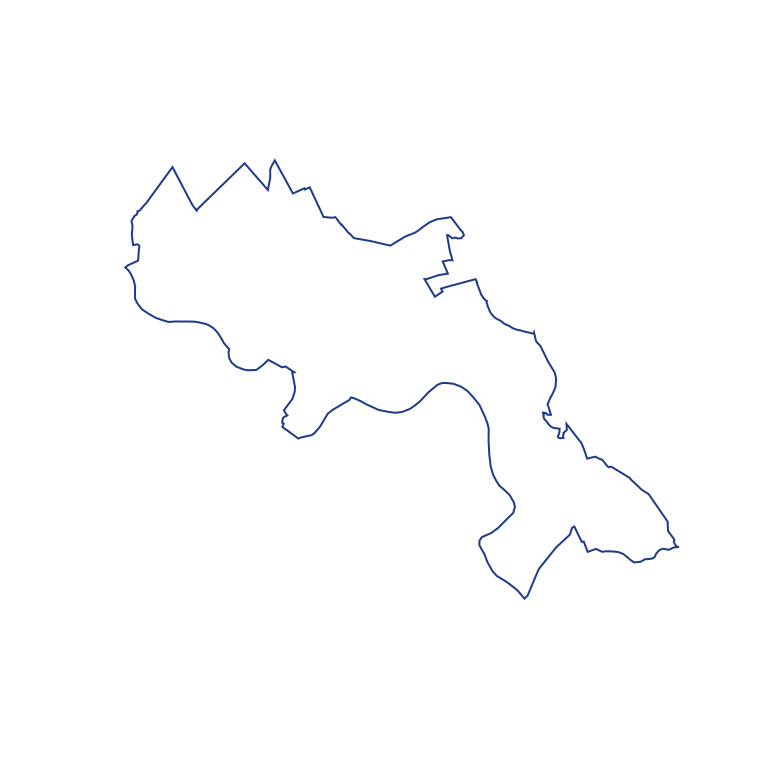 Turdas, Hunedoara, Romania, rotated 237°
{"feature_id": "2599482B55317516371384", "entity_name": "Turdas", "entity_type": "district", "adm_level": 2, "iso_a3": "ROU", "parent_name": "Romania", "parent_adm1": "Hunedoara", "projection": "robinson", "projection_center": [23.122, 45.851], "detail": "fine", "context": "isolated", "style": "outline", "palette": "blue", "viewbox_px": 768, "rotation_deg": 237, "n_neighbors": 0, "source": "geoboundaries", "source_scale": "gbopen_adm2", "svg_char_len": 4284}
<svg xmlns="http://www.w3.org/2000/svg" viewBox="0 0 768 768"><g transform="rotate(237 384 384)"><path d="M487.6,530.7L493.3,518.1L494.3,513.1L494.8,509.9L494.5,502.4L494.0,495.4L494.0,492.4L496.1,482.4L496.6,465.2L497.0,464.3L511.2,450.6L520.6,440.5L522.7,438.3L522.9,438.2L527.2,437.5L528.8,437.1L529.4,436.6L540.4,435.4L540.2,435.0L540.8,434.8L550.4,434.1L551.6,431.2L553.8,428.3L557.1,424.2L557.8,424.4L589.3,428.8L590.2,423.6L591.5,423.8L593.4,411.4L631.0,414.2L627.6,407.7L626.1,405.7L624.9,404.7L619.9,401.6L618.6,400.6L610.0,392.3L645.0,387.3L632.2,322.5L631.8,322.0L631.4,321.3L636.3,320.9L639.9,320.9L675.4,324.2L681.1,324.7L668.6,292.0L668.0,290.4L665.2,283.2L664.3,279.3L662.6,274.1L662.8,271.6L663.1,271.2L661.8,270.4L660.8,269.0L660.8,266.2L658.2,261.0L653.2,259.0L646.5,253.8L637.2,249.2L635.5,253.2L633.5,254.1L632.4,253.6L629.5,251.1L625.4,248.0L623.7,246.8L621.4,244.7L623.0,234.0L622.6,230.5L618.1,231.6L613.7,231.6L606.8,230.4L601.3,228.4L596.7,225.2L591.1,221.7L586.2,221.1L578.5,221.7L571.6,224.6L564.0,228.5L563.2,229.1L559.3,232.1L553.8,236.7L552.7,238.2L550.0,243.3L547.3,247.2L542.8,254.2L539.2,259.4L535.8,263.0L532.1,266.6L529.1,268.9L523.5,271.4L518.4,272.4L514.9,272.5L508.9,272.3L505.4,272.0L497.6,273.1L495.1,270.8L490.2,268.3L484.8,267.9L479.0,269.6L473.4,273.6L470.7,276.0L468.2,279.7L465.3,284.7L465.6,289.0L465.9,292.8L467.3,300.1L453.6,307.5L452.3,311.0L442.7,315.1L443.5,313.2L440.4,312.0L429.9,307.7L426.2,305.0L421.3,298.9L416.5,285.8L413.0,285.5L410.3,285.8L410.5,284.1L410.8,282.7L410.5,280.6L407.0,277.5L405.3,278.3L403.4,275.4L385.0,282.4L384.3,285.4L380.5,295.6L380.7,299.1L383.1,307.2L389.9,321.0L389.8,322.1L390.3,326.4L389.8,339.9L389.4,346.1L390.7,349.0L387.9,351.5L382.7,354.9L376.3,358.3L365.1,365.4L357.5,373.3L353.7,377.8L350.7,383.9L349.0,392.0L349.2,397.7L349.8,404.5L352.8,416.7L354.2,428.1L353.3,433.0L350.8,437.0L346.2,442.5L339.7,447.2L332.7,450.2L324.0,451.7L314.2,452.6L302.7,451.0L294.6,449.3L289.5,447.5L279.3,440.7L267.2,433.7L256.3,428.4L248.4,426.1L241.4,425.4L235.8,425.4L229.4,427.3L222.2,428.9L213.7,428.4L209.5,426.8L205.5,422.1L203.5,412.1L201.1,401.4L200.6,392.8L202.3,382.7L200.5,378.6L196.8,376.2L191.8,375.8L186.7,375.6L183.4,374.8L177.1,373.6L168.0,373.1L161.5,374.1L156.4,376.6L151.2,379.0L145.0,381.3L138.0,383.6L127.5,384.9L128.4,389.3L143.6,411.6L144.9,414.2L152.7,437.8L153.3,439.9L156.4,457.8L156.5,458.0L160.8,463.2L161.0,465.5L160.9,465.9L160.3,466.0L154.9,465.2L143.8,463.9L143.1,465.7L132.3,463.4L132.2,463.7L130.3,471.9L124.3,475.7L122.8,479.1L118.8,484.9L115.5,488.9L111.2,492.1L101.7,495.1L98.2,496.6L95.2,502.3L94.9,506.5L95.0,507.2L92.7,511.3L91.5,514.2L91.5,516.7L93.5,520.0L94.6,523.8L94.5,525.9L93.8,528.4L89.9,532.5L89.1,537.9L87.0,542.0L86.9,542.6L88.2,540.8L88.8,540.8L89.3,540.9L91.0,540.7L94.0,541.2L95.0,542.6L95.9,542.8L105.8,542.1L112.0,545.6L113.9,546.9L147.4,546.0L154.8,542.6L169.9,538.9L171.1,539.1L191.0,529.5L192.0,527.1L193.4,526.6L194.0,526.5L199.8,526.0L202.3,525.4L203.2,524.4L208.0,521.6L210.8,513.7L220.0,516.1L226.7,517.4L251.1,515.3L245.8,512.2L245.3,508.2L244.9,508.2L244.5,507.4L242.4,505.5L241.1,505.3L242.3,502.5L243.6,501.3L244.9,500.9L246.0,502.2L246.6,503.4L248.3,505.1L250.8,506.9L253.9,503.4L254.8,502.3L255.9,501.6L257.7,500.7L259.9,500.2L262.3,500.0L264.3,500.0L267.3,499.3L270.5,500.3L271.2,501.4L272.1,501.2L273.5,501.8L271.5,503.9L269.1,504.4L267.3,507.2L275.7,509.7L277.8,510.0L281.4,515.3L284.1,520.3L287.2,525.0L288.3,526.4L295.3,531.6L297.2,532.2L300.7,533.4L313.1,533.8L330.0,535.8L332.1,535.7L334.8,535.1L337.4,534.9L345.5,537.9L344.9,537.1L345.4,536.0L347.0,534.8L348.7,533.0L352.5,529.4L354.8,527.5L356.8,525.4L360.3,522.6L362.9,521.3L363.4,521.2L364.0,521.0L368.6,517.9L373.5,516.2L378.4,513.4L383.2,512.3L388.0,512.4L391.0,513.1L393.1,513.3L393.4,513.5L394.6,514.1L396.3,514.3L396.7,514.5L397.5,515.5L399.2,514.7L400.9,514.6L401.5,514.3L405.9,514.2L418.3,516.9L418.7,517.5L422.1,517.8L431.5,488.8L432.9,483.8L429.6,483.4L429.5,474.2L449.9,475.1L448.6,477.5L445.6,489.0L441.8,497.7L454.8,500.0L452.5,505.8L451.3,507.7L450.4,508.8L459.5,511.6L474.4,517.9L474.0,518.9L469.0,520.6L468.1,523.4L465.9,525.1L464.2,528.0L465.3,532.1L468.5,532.7L471.6,532.1L478.7,531.6L487.4,531.0L487.6,530.7Z" fill="none" stroke="#1e3a8a" stroke-width="2"/></g></svg>